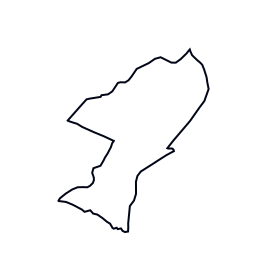 Bendasi, Central Darfur, Sudan, rotated 205°
{"feature_id": "16777658B55033891828638", "entity_name": "Bendasi", "entity_type": "district", "adm_level": 2, "iso_a3": "SDN", "parent_name": "Sudan", "parent_adm1": "Central Darfur", "projection": "albers", "projection_center": [22.811, 12.051], "detail": "fine", "context": "isolated", "style": "outline", "palette": "ink", "viewbox_px": 256, "rotation_deg": 205, "n_neighbors": 0, "source": "geoboundaries", "source_scale": "gbopen_adm2", "svg_char_len": 1649}
<svg xmlns="http://www.w3.org/2000/svg" viewBox="0 0 256 256"><g transform="rotate(205 128 128)"><path d="M84.2,34.2L85.6,37.7L87.5,41.6L93.3,58.0L92.9,60.1L91.9,64.8L92.3,67.3L92.6,69.6L92.9,71.7L98.1,82.7L99.2,88.6L98.0,94.0L95.5,97.9L91.6,104.0L88.7,108.6L87.2,111.0L81.8,119.5L81.0,120.6L79.5,122.6L79.3,122.9L78.0,124.6L77.6,125.2L77.5,125.4L77.4,125.5L77.2,125.6L77.0,125.9L76.6,126.4L77.5,127.5L78.7,128.0L79.8,127.9L81.5,127.0L83.0,126.3L83.6,126.3L83.8,126.3L83.5,127.3L83.5,127.7L81.6,135.7L75.5,157.8L74.7,160.8L71.9,176.6L70.2,184.7L71.4,197.4L75.5,203.0L78.1,207.0L79.2,208.3L80.5,209.7L82.2,211.5L84.0,213.5L85.6,214.9L87.2,216.5L89.0,217.3L90.4,217.8L93.5,218.6L95.3,219.2L98.5,220.3L100.9,221.2L101.5,221.8L102.8,222.9L103.8,223.8L104.5,224.5L105.2,225.3L105.5,224.3L106.5,220.2L109.3,212.8L112.3,207.4L116.3,205.6L128.3,205.9L132.8,202.1L136.6,195.6L145.1,185.2L145.7,181.4L146.5,176.4L147.7,171.4L149.9,168.1L154.3,166.2L156.2,164.6L157.7,154.6L160.3,150.1L165.9,146.5L166.0,144.6L175.6,138.1L177.7,136.4L180.5,127.2L185.8,109.3L185.3,109.1L179.4,109.8L175.9,110.3L169.9,109.6L157.0,109.8L146.6,110.3L140.3,110.3L135.9,110.3L135.4,110.3L135.4,110.0L135.9,107.6L135.4,103.5L135.7,96.6L136.4,91.2L136.4,88.3L137.0,82.1L142.3,77.0L142.0,75.0L141.5,72.2L138.0,68.6L136.9,66.4L136.6,63.3L138.0,59.5L139.8,57.1L143.8,55.4L148.6,53.0L152.5,48.8L156.6,42.4L159.9,35.7L160.3,32.8L160.0,32.5L152.9,34.8L145.4,35.1L135.4,34.6L131.9,33.7L127.4,37.5L123.4,35.7L119.2,36.6L113.2,35.6L107.4,34.1L103.8,33.7L99.8,30.9L98.4,30.7L96.1,32.8L94.6,32.0L91.9,34.0L89.5,32.5L86.8,32.4L84.2,34.2Z" fill="none" stroke="#020617" stroke-width="2"/></g></svg>